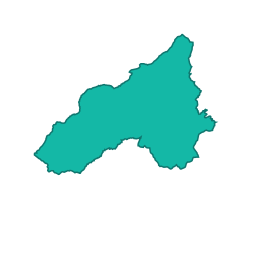 Mera, Vrancea, Romania, rotated 244°
{"feature_id": "2599482B23865808249816", "entity_name": "Mera", "entity_type": "district", "adm_level": 2, "iso_a3": "ROU", "parent_name": "Romania", "parent_adm1": "Vrancea", "projection": "orthographic", "projection_center": [26.934, 45.784], "detail": "fine", "context": "isolated", "style": "filled", "palette": "teal", "viewbox_px": 256, "rotation_deg": 244, "n_neighbors": 0, "source": "geoboundaries", "source_scale": "gbopen_adm2", "svg_char_len": 5925}
<svg xmlns="http://www.w3.org/2000/svg" viewBox="0 0 256 256"><g transform="rotate(244 128 128)"><path d="M187.7,214.3L188.1,213.6L188.2,212.5L187.3,210.4L187.0,209.3L186.7,208.8L185.3,207.8L184.7,206.2L181.8,202.7L181.7,201.4L179.4,196.6L179.9,195.8L180.0,192.9L179.8,191.4L179.2,189.7L179.0,187.4L178.1,186.5L176.8,182.8L176.5,180.7L175.5,178.5L175.4,176.7L176.1,174.2L176.1,173.1L177.0,172.7L177.3,171.9L178.8,170.4L179.9,168.2L180.1,167.5L179.6,166.1L178.0,165.9L177.5,164.9L177.4,164.4L177.1,164.0L177.4,161.6L178.7,156.5L178.4,155.0L177.7,153.7L176.4,154.6L175.7,155.6L175.3,155.5L174.1,154.4L173.8,152.8L171.3,150.7L170.7,148.4L170.8,145.8L170.2,143.9L170.5,143.2L170.1,142.3L170.4,141.3L169.9,140.8L169.7,140.0L169.3,139.9L169.1,139.5L169.6,139.0L169.8,138.5L169.7,137.5L169.0,136.7L169.5,135.5L169.6,132.7L171.1,132.2L172.3,131.8L172.4,131.4L173.1,131.4L173.7,130.9L174.0,130.2L174.5,129.9L174.7,129.2L175.1,128.9L175.3,128.3L176.1,127.3L176.2,126.8L177.4,125.7L177.7,124.7L178.0,122.4L178.3,122.0L178.0,121.6L178.4,121.1L178.4,120.6L179.0,120.3L178.7,118.8L178.9,118.3L178.9,117.0L179.5,114.1L179.4,113.1L179.2,112.5L179.2,111.9L179.9,111.0L180.0,109.9L180.4,108.5L180.2,108.0L179.7,107.3L179.6,106.5L179.1,106.1L179.1,105.5L178.8,105.2L178.7,104.5L178.2,103.9L178.3,102.5L177.8,101.4L177.7,100.3L176.9,99.5L176.3,99.3L176.0,98.4L175.3,97.8L174.4,96.7L173.4,96.3L173.4,95.8L172.9,95.1L171.2,94.8L169.3,93.9L168.3,94.1L167.7,93.7L166.8,93.5L165.4,92.4L164.5,92.2L163.3,90.6L163.1,88.6L163.3,87.5L163.2,86.7L163.4,85.9L163.9,85.9L164.3,84.6L164.0,84.1L164.2,83.0L163.7,81.5L164.0,81.0L163.2,80.0L163.4,79.1L162.7,78.0L162.5,76.8L162.0,75.9L160.5,74.0L160.3,73.3L160.6,72.1L161.7,70.3L163.0,69.6L163.7,68.0L164.6,66.9L164.1,66.1L164.0,65.4L163.1,64.9L163.1,63.7L163.5,62.8L162.7,61.3L161.1,61.0L160.4,59.9L158.1,58.6L157.4,56.1L156.2,54.4L156.5,53.4L156.5,51.9L155.5,50.7L154.8,50.5L154.6,49.8L153.7,49.4L151.6,46.8L149.6,43.3L149.1,41.5L148.6,40.2L147.4,38.8L147.2,37.9L147.4,37.1L147.0,35.7L146.7,35.3L145.5,35.1L146.2,33.7L146.2,32.9L144.8,32.1L139.5,34.6L138.6,35.4L136.5,36.0L135.9,37.0L132.9,38.1L132.2,38.6L131.8,39.4L130.9,39.8L129.6,39.8L128.5,38.4L126.8,38.7L124.9,37.2L123.6,37.5L123.2,37.9L123.2,40.4L122.3,42.1L121.2,42.0L119.8,42.6L119.6,43.1L117.6,44.8L116.9,45.1L116.6,45.8L117.5,49.0L117.3,50.2L116.3,51.2L116.1,52.2L116.4,52.6L116.1,53.3L116.1,55.2L115.1,56.5L115.3,57.2L114.4,58.5L112.7,59.8L111.0,60.7L111.1,61.6L110.3,63.2L109.7,63.5L109.5,64.1L108.8,64.4L108.9,64.9L108.4,65.1L108.3,65.4L109.1,66.3L109.9,68.7L109.8,69.6L110.2,70.1L110.3,70.6L110.8,71.4L111.5,71.9L112.1,72.8L111.9,73.2L112.1,73.7L113.5,75.4L112.9,76.2L113.5,76.8L113.5,77.6L113.7,78.3L113.0,80.0L113.6,80.7L113.8,82.3L113.5,83.3L114.3,83.4L114.5,86.2L114.2,86.7L114.5,87.8L114.2,88.0L114.2,89.8L114.9,90.7L114.4,91.4L114.8,91.9L116.3,93.1L117.0,94.3L117.2,94.9L118.3,95.2L118.1,95.9L118.2,96.6L117.9,97.3L118.7,97.7L118.4,97.9L118.2,99.4L118.4,101.3L118.2,102.5L117.2,102.0L116.9,102.3L116.8,102.5L117.2,103.2L117.1,104.0L115.7,104.6L115.7,106.1L114.8,107.4L115.3,107.9L115.4,109.0L116.0,109.4L116.8,111.0L117.7,111.5L117.2,113.5L117.3,113.9L117.8,114.5L117.9,115.6L117.7,116.2L118.6,116.7L120.1,116.7L119.3,118.3L119.4,118.7L119.2,119.1L119.6,119.9L119.5,120.6L119.1,121.3L118.4,121.6L118.2,122.0L118.2,122.6L118.5,123.7L118.1,124.6L118.1,125.7L117.3,126.9L117.1,128.3L115.9,128.8L115.9,129.2L115.5,129.5L114.6,130.9L114.5,131.5L113.8,133.8L114.2,134.3L114.1,134.7L114.3,135.8L113.2,134.9L113.1,134.2L112.7,133.7L111.4,132.5L110.1,130.9L108.9,129.9L107.6,129.3L107.1,130.1L106.1,130.4L105.3,131.1L103.9,133.3L104.3,133.7L104.7,135.2L102.4,135.9L101.6,136.8L100.5,138.8L96.8,137.6L95.8,137.5L93.3,138.6L90.9,138.1L88.8,138.9L87.5,138.4L84.2,139.6L82.2,139.7L81.1,139.3L79.4,139.9L79.2,140.8L78.9,141.3L77.1,143.0L76.3,145.0L76.1,145.8L75.8,146.4L72.8,148.0L72.4,148.5L72.3,149.4L72.6,150.4L73.2,151.7L73.0,153.1L73.7,155.5L71.6,155.7L70.7,156.7L68.4,157.1L67.9,157.6L67.7,160.6L67.7,162.0L68.2,162.8L70.5,164.8L71.2,166.2L71.3,166.5L70.6,168.0L70.4,169.6L70.5,171.0L70.9,171.6L72.5,173.1L72.9,174.1L72.3,175.1L71.9,176.6L70.9,178.6L73.0,179.0L74.6,178.8L75.3,179.1L81.0,178.1L81.8,178.3L83.0,179.2L84.4,181.6L86.1,183.4L86.3,183.9L86.4,185.0L90.2,187.9L91.2,188.8L91.4,189.4L91.7,191.8L91.7,193.0L91.4,194.3L91.9,196.1L91.7,196.5L91.8,197.4L91.3,197.7L89.7,199.5L89.2,201.0L89.1,201.6L89.2,202.0L88.8,202.8L89.0,203.2L89.9,203.6L90.9,205.2L92.0,205.9L92.0,206.8L92.7,207.3L94.5,207.8L94.4,208.3L94.7,208.5L94.7,209.4L95.3,208.5L96.1,208.7L97.1,208.3L97.7,206.8L98.0,206.5L98.6,206.8L98.7,207.5L99.0,207.7L99.4,207.7L100.0,206.4L100.4,206.2L101.5,207.3L102.4,207.3L103.1,206.1L102.8,205.2L103.1,203.9L103.0,202.7L103.5,201.8L104.1,201.6L105.0,202.2L105.3,203.6L105.8,204.9L106.1,204.9L107.7,203.7L108.2,203.6L108.7,203.9L109.0,204.4L109.2,206.7L109.4,206.9L110.8,205.7L110.1,204.0L110.6,203.0L109.8,202.3L109.8,201.7L109.5,201.2L109.7,200.5L108.8,199.3L109.3,197.7L110.6,197.9L111.1,198.3L111.9,197.8L112.5,198.5L113.6,198.1L114.6,198.5L115.8,197.7L117.2,198.9L117.5,200.0L118.4,200.8L121.6,201.9L122.7,201.6L123.1,201.2L124.1,201.2L125.0,203.3L124.8,204.3L125.1,204.3L125.4,204.8L125.6,204.5L125.9,204.6L125.9,205.2L126.3,205.6L126.1,206.3L126.4,206.9L128.2,208.1L128.4,208.4L128.3,208.9L129.3,210.0L130.0,209.3L130.8,209.2L131.7,209.3L133.5,208.2L135.3,207.9L136.9,206.8L137.9,207.1L138.9,206.9L140.3,208.0L140.7,207.1L142.7,206.1L143.5,205.4L144.7,205.7L146.9,205.4L148.6,206.5L148.7,207.4L149.1,208.4L149.3,208.4L149.3,207.8L149.7,207.0L150.4,206.9L151.1,207.4L151.7,208.4L154.1,210.6L155.2,212.2L156.6,211.5L157.4,211.8L159.1,211.7L164.2,213.0L164.8,213.9L165.0,215.1L165.7,215.1L166.1,216.2L166.7,216.2L170.4,219.9L172.8,221.3L173.8,222.7L176.5,223.9L178.4,221.2L179.9,221.5L181.1,221.1L182.2,221.2L184.3,219.4L188.1,217.9L188.3,217.4L187.7,216.2L187.7,214.3Z" fill="#14b8a6" stroke="#0f766e" stroke-width="1.5"/></g></svg>